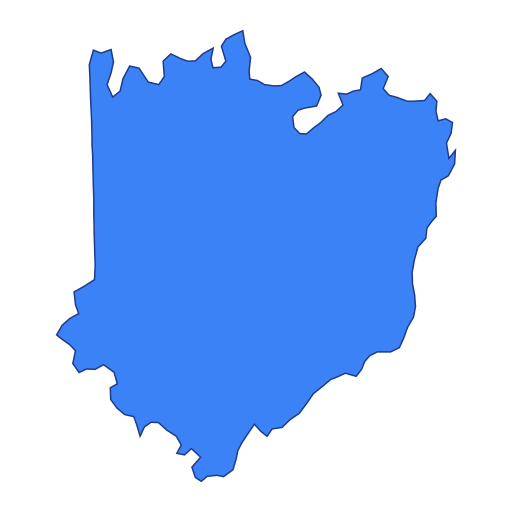 the district of Bozano, Rio Grande do Sul, Brazil
{"feature_id": "56859067B99818691919040", "entity_name": "Bozano", "entity_type": "district", "adm_level": 2, "iso_a3": "BRA", "parent_name": "Brazil", "parent_adm1": "Rio Grande do Sul", "projection": "natural_earth1", "projection_center": [-53.753, -28.359], "detail": "fine", "context": "isolated", "style": "filled", "palette": "blue", "viewbox_px": 512, "rotation_deg": 0, "n_neighbors": 0, "source": "geoboundaries", "source_scale": "gbopen_adm2", "svg_char_len": 2244}
<svg xmlns="http://www.w3.org/2000/svg" viewBox="0 0 512 512"><path d="M111.1,49.5L101.1,53.1L93.4,50.1L89.3,64.7L89.8,74.5L90.2,87.6L90.5,97.1L90.9,105.5L91.3,114.0L91.8,125.9L92.0,137.3L92.0,145.1L92.7,156.1L93.0,171.2L93.4,187.8L93.8,198.7L93.8,213.3L94.1,226.4L94.2,234.5L94.5,244.8L94.8,253.6L95.2,266.0L94.5,279.6L84.4,286.1L74.1,291.9L75.5,304.8L78.7,313.6L69.9,318.4L62.2,325.2L56.6,334.9L63.3,340.2L69.9,344.8L75.5,350.8L72.8,363.5L79.1,372.5L86.5,369.0L95.2,369.3L103.6,364.7L114.1,372.3L117.3,383.8L110.3,387.8L110.7,399.5L117.0,408.1L124.8,414.6L133.8,416.6L136.7,424.7L140.1,436.2L144.4,426.9L151.1,422.2L158.5,422.6L166.9,430.2L176.4,436.3L181.3,445.1L176.8,453.3L184.5,454.9L191.4,448.6L200.6,457.1L191.9,467.2L195.4,477.5L201.3,481.3L207.2,476.3L217.0,475.3L223.5,476.6L232.9,469.8L236.1,459.2L237.8,450.6L241.7,443.1L247.7,434.0L254.4,424.2L260.7,431.2L267.0,436.3L272.2,428.9L282.1,427.4L290.1,419.6L299.3,413.3L306.4,403.8L313.4,393.6L322.8,386.1L330.5,379.6L338.0,376.6L345.3,373.2L356.2,376.3L361.6,369.3L364.6,361.7L369.7,355.7L377.3,351.9L390.6,351.9L399.4,347.6L403.7,338.0L407.6,327.2L413.5,317.1L415.5,306.5L414.6,294.9L412.5,283.8L412.1,272.8L414.3,260.1L418.0,246.8L425.8,238.3L426.9,228.1L431.7,221.4L436.3,216.3L435.9,202.5L438.1,188.4L440.9,180.1L448.3,175.8L454.6,163.9L455.4,150.3L448.9,158.4L446.5,143.0L451.1,133.2L452.5,122.6L445.8,118.8L438.1,120.8L436.0,111.5L436.8,101.2L430.1,93.6L424.7,100.5L413.9,101.2L407.2,101.2L397.3,97.5L389.0,95.2L383.2,88.6L388.2,76.5L381.2,68.5L372.2,73.7L362.3,78.0L360.5,89.8L353.4,91.1L346.7,94.1L338.3,93.2L343.0,105.0L336.1,111.5L328.1,115.3L320.7,122.6L313.8,127.7L306.4,134.0L299.6,133.5L294.0,127.6L292.6,116.6L297.9,110.3L304.2,108.2L316.6,106.0L321.1,95.2L319.0,87.3L312.3,79.1L304.5,72.0L295.9,76.7L289.0,81.3L281.4,85.6L273.7,85.9L264.5,84.6L257.4,80.5L249.8,79.1L249.1,71.2L250.6,57.4L244.8,43.3L242.8,30.7L233.6,34.9L225.9,39.2L221.4,46.3L225.9,61.2L221.0,67.2L212.9,67.7L210.9,59.2L213.2,48.1L203.1,53.6L195.3,60.9L187.6,61.2L180.2,58.4L170.8,53.9L163.1,61.2L164.3,76.5L158.8,84.6L148.3,82.1L144.3,76.2L139.1,68.2L129.7,66.0L123.0,78.6L120.1,91.1L112.7,97.1L107.1,84.6L111.1,72.8L113.5,62.1L111.1,49.5Z" fill="#3b82f6" stroke="#1e3a8a" stroke-width="1.5"/></svg>